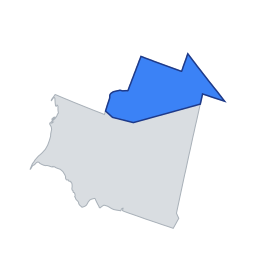 Tiris Zemmour on a map of Mauritania (Albers equal-area conic projection), rotated 20°
{"feature_id": "MRT-2783", "entity_name": "Tiris Zemmour", "entity_type": "Region", "adm_level": 1, "iso_a3": "MRT", "parent_name": "Mauritania", "parent_adm1": "", "projection": "albers", "projection_center": [-9.84, 24.319], "detail": "fine", "context": "in_parent", "style": "filled", "palette": "blue", "viewbox_px": 256, "rotation_deg": 20, "n_neighbors": 0, "source": "natural_earth", "source_scale": "10m", "svg_char_len": 4896}
<svg xmlns="http://www.w3.org/2000/svg" viewBox="0 0 256 256"><g transform="rotate(20 128 128)"><path d="M109.5,217.2L109.1,217.1L107.7,216.1L107.0,214.8L105.8,213.9L104.2,213.2L103.1,212.5L102.6,211.7L102.1,211.2L101.4,210.9L101.4,210.6L101.5,210.2L101.4,209.5L100.5,207.9L99.6,207.1L98.8,207.2L98.4,207.0L98.1,206.6L98.1,206.1L97.5,205.6L96.7,205.4L96.0,204.2L95.5,202.0L94.8,200.3L94.0,199.0L93.3,198.6L92.9,198.5L92.7,198.3L92.6,197.9L91.9,197.8L91.0,198.1L90.1,198.0L89.7,197.3L89.1,197.3L88.4,197.8L87.6,197.6L86.7,196.8L86.2,196.0L86.1,195.2L84.7,193.6L81.7,191.2L78.5,190.0L75.0,190.0L73.0,189.9L72.6,189.5L72.2,189.5L71.7,189.9L71.2,190.0L70.8,189.7L70.4,189.9L70.3,190.5L69.0,190.7L66.7,190.7L64.8,190.9L63.3,191.6L61.2,191.8L58.5,191.6L57.0,191.3L56.4,190.8L55.7,190.7L54.7,190.9L53.7,192.0L52.9,194.0L52.2,195.1L51.6,195.4L51.0,196.9L50.6,199.5L50.1,200.6L50.4,194.2L51.2,191.8L51.6,189.7L53.4,185.1L55.5,181.4L57.6,176.4L58.4,171.6L58.4,166.7L58.1,162.4L57.3,159.6L56.7,155.4L55.5,153.2L53.2,151.2L52.8,150.1L53.3,149.7L54.8,149.5L55.7,148.0L53.8,148.5L56.2,144.1L57.0,141.1L57.0,139.0L57.5,137.8L56.0,135.0L54.8,131.6L54.2,131.0L53.5,130.7L53.4,131.5L53.0,132.2L52.2,131.7L50.9,129.2L49.1,125.0L48.4,124.6L47.8,125.1L47.4,125.6L46.6,128.9L46.4,127.6L46.8,126.0L47.4,124.1L48.1,121.5L49.8,121.5L52.9,121.7L59.1,122.0L62.1,122.1L68.3,122.4L71.4,122.5L77.6,122.7L80.6,122.8L86.8,123.0L89.9,123.1L96.1,123.2L99.2,123.3L101.2,123.4L101.1,121.4L101.1,119.9L101.0,117.9L100.9,115.8L100.8,113.8L100.7,111.9L100.7,110.0L100.6,108.2L100.5,106.6L100.4,105.6L99.8,103.7L99.7,102.8L99.9,101.9L100.3,100.9L101.5,99.3L103.4,98.0L105.5,96.6L107.1,95.5L107.9,95.2L110.4,94.9L112.3,94.1L114.2,93.3L115.0,92.8L115.2,91.2L115.7,56.3L124.9,56.4L127.3,56.4L144.2,56.5L146.7,56.5L159.0,56.4L159.0,54.8L158.9,52.4L158.9,49.2L158.9,45.9L158.8,40.2L158.8,37.8L161.2,39.4L166.1,42.5L168.5,44.1L173.4,47.2L178.4,50.3L183.3,53.4L185.8,55.0L188.2,56.5L190.7,58.0L193.2,59.6L198.2,62.6L200.3,63.9L203.5,65.9L206.5,67.9L209.6,69.8L205.0,69.9L198.9,70.1L194.7,70.3L190.4,70.4L186.4,70.5L186.8,73.8L187.3,77.3L187.7,80.9L188.2,84.5L188.7,88.1L190.1,98.8L190.5,102.4L191.0,106.0L191.5,109.6L191.9,113.2L192.9,120.3L193.4,123.9L193.9,127.5L194.3,131.0L194.8,134.6L195.3,138.2L196.3,145.3L196.8,148.9L197.2,152.5L197.7,156.0L198.2,159.6L198.7,163.2L199.2,166.7L199.7,170.3L200.7,177.4L201.2,180.9L201.7,184.5L202.2,188.1L202.7,191.5L204.4,193.3L206.6,195.5L206.1,198.7L205.5,202.6L204.8,206.8L199.0,206.9L193.2,207.1L178.9,207.4L176.0,207.5L161.7,207.6L158.8,207.7L153.3,207.7L151.6,207.6L151.0,207.3L150.8,205.1L150.3,205.3L149.8,205.9L149.5,206.6L149.6,207.5L149.5,208.3L147.6,208.6L145.1,209.1L142.5,209.5L139.9,209.3L139.0,209.1L138.0,208.9L135.9,208.5L134.8,208.5L133.4,208.6L131.9,208.7L131.4,209.1L130.2,210.7L129.1,212.6L128.3,212.6L127.5,211.6L125.2,209.6L122.5,207.0L121.3,205.7L120.6,205.6L119.3,206.5L118.1,207.3L116.9,208.5L116.4,209.7L115.9,211.1L115.7,212.8L115.3,214.7L114.3,216.2L113.1,217.3L112.3,217.9L111.9,218.2L109.5,217.2ZM54.9,145.2L54.0,146.6L53.6,146.0L53.5,145.1L54.4,143.8L54.8,143.1L55.4,142.9L54.9,145.2Z" fill="#d9dde1" stroke="#a8b0b8" stroke-width="1"/><path d="M158.8,37.8L161.4,39.5L163.9,41.1L166.5,42.8L169.1,44.4L171.6,46.1L174.2,47.7L176.8,49.3L179.4,51.0L182.0,52.6L184.6,54.2L187.2,55.9L189.8,57.5L192.0,58.8L194.2,60.2L196.5,61.6L198.4,62.7L198.7,62.9L200.3,63.9L202.6,65.4L204.9,66.8L207.2,68.3L209.6,69.8L206.7,69.9L203.8,70.0L200.9,70.1L198.0,70.2L195.1,70.3L192.2,70.3L189.3,70.4L186.4,70.5L186.6,71.6L186.7,72.8L186.9,73.9L187.0,75.1L187.2,76.2L187.3,77.4L187.5,78.5L187.6,79.7L187.8,80.8L131.2,121.1L109.8,123.3L101.4,119.9L101.1,119.8L100.8,113.8L100.7,110.2L100.6,106.6L100.4,105.6L99.8,103.8L99.7,102.8L99.9,101.9L100.3,101.0L101.5,99.4L101.8,99.0L103.1,98.1L104.8,97.0L106.3,96.1L107.1,95.5L107.9,95.2L110.1,95.0L110.6,94.8L113.6,93.5L114.9,93.1L115.1,92.9L115.2,92.4L115.2,91.2L115.2,90.1L115.2,89.1L115.2,88.0L115.2,86.9L115.3,85.8L115.3,84.7L115.3,83.6L115.3,82.5L115.3,81.4L115.3,80.3L115.4,79.2L115.4,78.1L115.4,77.0L115.4,76.0L115.4,74.9L115.4,73.8L115.5,72.7L115.5,71.6L115.5,70.5L115.5,69.4L115.5,68.3L115.5,67.2L115.6,66.1L115.6,65.0L115.6,63.9L115.6,62.8L115.6,61.8L115.6,60.7L115.7,59.6L115.7,58.5L115.7,57.4L115.7,56.3L117.0,56.3L118.3,56.3L119.6,56.4L120.9,56.4L122.3,56.4L123.6,56.4L124.9,56.4L126.2,56.4L127.5,56.4L128.8,56.5L130.1,56.5L131.4,56.5L132.7,56.5L134.0,56.5L135.3,56.5L136.6,56.5L137.9,56.5L139.2,56.5L140.6,56.5L141.9,56.5L143.2,56.5L144.5,56.5L145.8,56.5L147.1,56.5L148.4,56.5L149.7,56.5L151.0,56.5L152.3,56.5L153.6,56.5L154.9,56.5L156.2,56.5L157.5,56.5L158.6,56.5L158.9,56.4L159.0,56.2L159.0,55.5L159.0,55.3L159.0,54.8L159.0,53.9L159.0,52.8L158.9,51.4L158.9,49.9L158.9,48.3L158.9,46.7L158.9,45.0L158.9,43.4L158.9,41.9L158.8,40.6L158.8,39.5L158.8,38.6L158.8,38.0L158.8,37.8Z" fill="#3b82f6" stroke="#1e3a8a" stroke-width="1.5"/></g></svg>